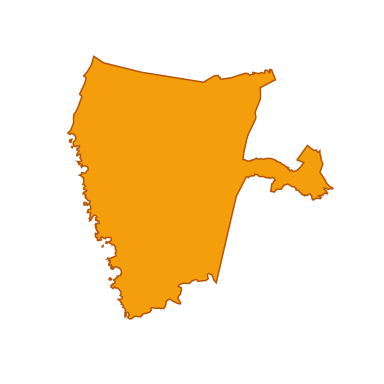 Santa María Huatulco, Oaxaca, Mexico, rotated 105°
{"feature_id": "50627088B35092187555669", "entity_name": "Santa María Huatulco", "entity_type": "district", "adm_level": 2, "iso_a3": "MEX", "parent_name": "Mexico", "parent_adm1": "Oaxaca", "projection": "robinson", "projection_center": [-96.169, 15.822], "detail": "fine", "context": "isolated", "style": "filled", "palette": "amber", "viewbox_px": 384, "rotation_deg": 105, "n_neighbors": 0, "source": "geoboundaries", "source_scale": "gbopen_adm2", "svg_char_len": 6082}
<svg xmlns="http://www.w3.org/2000/svg" viewBox="0 0 384 384"><g transform="rotate(105 192 192)"><path d="M151.9,56.9L150.7,61.0L148.9,64.0L145.4,67.2L139.8,73.5L131.0,72.8L127.6,75.5L124.8,76.5L121.8,78.4L119.1,79.2L120.5,79.8L121.1,80.7L119.2,82.9L120.3,85.0L117.2,92.6L133.8,98.8L134.6,91.6L139.8,93.6L143.9,96.2L145.2,97.6L146.0,99.5L145.4,100.2L145.0,101.8L145.9,102.1L146.2,103.3L145.2,103.8L144.4,106.3L144.2,104.9L143.6,104.9L143.2,107.0L143.5,107.5L142.4,109.0L141.5,113.1L140.6,114.2L140.6,117.4L140.4,118.1L139.8,118.4L140.1,120.1L139.5,120.4L139.2,124.4L140.1,128.2L142.0,131.8L142.2,133.3L141.8,134.2L143.4,136.5L142.6,138.4L145.2,141.1L145.0,141.8L146.3,142.7L146.1,143.1L147.3,144.4L147.7,147.4L147.2,149.0L147.4,151.2L139.5,152.2L127.0,152.8L121.9,152.6L105.3,149.5L102.8,149.7L98.7,151.7L84.0,150.0L75.3,152.3L74.0,153.5L62.0,140.4L53.3,146.8L53.4,148.6L56.1,147.7L57.0,148.2L56.8,148.7L55.4,148.9L55.1,152.4L56.4,153.1L57.8,152.6L58.7,153.1L58.7,156.5L60.4,157.7L60.6,164.1L61.2,164.2L61.8,162.8L62.4,162.9L63.2,165.4L64.5,166.5L63.1,168.5L63.6,171.7L65.4,173.5L65.5,174.7L71.3,183.2L75.6,193.2L75.3,194.1L74.3,194.2L73.9,195.5L72.6,197.0L74.1,200.6L83.0,209.3L89.4,271.7L90.1,311.0L86.3,321.9L95.2,322.1L102.6,324.1L107.8,326.6L108.3,326.2L108.0,325.2L109.0,323.9L110.1,323.7L115.2,323.8L126.4,325.9L127.3,325.0L127.6,323.7L128.9,323.1L140.1,324.1L143.9,324.8L147.8,326.2L151.8,325.5L154.8,324.4L157.5,324.4L163.8,325.2L167.1,327.2L168.1,324.8L167.0,324.1L166.5,322.1L167.5,320.1L169.3,318.2L171.7,318.1L174.8,319.6L178.3,318.3L178.1,315.6L177.0,314.8L176.6,313.3L177.2,312.3L178.5,312.6L179.4,314.0L180.4,314.4L181.2,313.8L181.5,311.8L184.8,312.8L186.5,312.8L186.7,312.1L184.6,310.4L184.7,309.5L186.7,308.8L187.9,309.2L189.9,306.7L190.7,306.9L192.1,309.0L192.2,310.6L193.3,308.8L194.6,308.7L194.6,308.0L193.6,307.8L193.9,305.3L194.8,305.1L195.5,306.0L196.8,305.1L195.5,304.5L194.5,302.3L194.5,300.5L195.0,299.2L195.7,298.7L197.7,298.0L199.3,299.3L201.4,299.7L201.8,303.5L203.5,303.4L204.9,305.0L205.2,302.7L206.4,301.3L206.5,300.3L211.9,298.7L212.8,299.6L213.3,298.7L213.0,297.9L214.1,296.3L216.5,297.9L217.3,297.2L217.5,294.2L218.7,294.2L220.1,296.5L221.9,297.0L221.7,294.7L222.6,293.6L223.7,294.3L224.5,293.1L225.6,293.2L226.0,291.4L227.2,290.3L227.1,288.3L227.6,287.8L230.3,288.4L231.9,286.3L234.0,285.4L235.1,285.4L235.3,286.8L236.1,287.7L238.9,287.8L238.1,285.2L238.2,284.2L240.1,284.6L243.1,283.8L244.2,284.5L245.2,283.4L246.2,283.5L245.5,282.5L240.7,281.1L239.5,280.1L239.8,278.4L240.5,277.4L241.3,277.4L242.0,278.4L243.9,277.9L243.6,277.4L244.1,276.9L243.9,276.3L244.6,275.8L244.1,275.6L244.1,274.7L245.0,273.7L246.4,273.7L247.4,276.5L248.4,277.1L249.0,276.7L248.6,276.3L250.8,276.0L250.5,275.5L250.8,275.2L252.6,275.2L252.8,274.4L254.2,273.7L254.3,272.8L255.6,271.9L255.7,272.5L256.4,272.1L257.4,273.2L256.4,274.9L257.0,274.1L257.4,274.4L257.5,273.7L257.9,274.1L260.0,273.8L260.6,272.9L260.4,271.4L261.5,271.7L262.6,270.7L263.1,270.8L263.1,269.7L262.9,269.0L262.1,269.0L262.2,267.8L261.7,267.1L259.6,268.3L258.9,267.8L258.7,266.5L259.6,265.3L259.5,263.6L257.9,263.4L257.8,261.5L256.9,259.3L257.9,257.9L259.7,257.6L261.0,258.5L262.4,260.7L262.3,262.1L263.6,262.1L263.9,261.6L262.0,258.8L262.9,257.6L262.8,256.3L263.8,255.6L263.2,254.5L263.3,253.9L265.4,251.4L267.1,251.4L268.0,250.0L268.9,249.7L271.2,250.5L272.7,249.0L273.4,248.9L277.3,253.8L277.5,256.1L278.2,255.8L278.6,256.3L278.3,254.4L279.2,253.8L280.1,254.6L280.1,253.1L280.5,252.7L281.4,252.7L282.2,253.6L284.1,253.6L284.2,252.5L283.4,251.6L283.4,251.0L284.3,250.9L284.6,250.0L285.8,251.1L286.3,250.6L286.0,249.1L287.0,250.0L287.2,249.2L286.8,248.0L284.8,247.7L283.7,245.9L284.3,244.1L284.1,242.6L285.5,240.7L288.4,238.9L289.1,239.6L290.0,239.1L291.4,239.5L291.7,240.8L292.8,241.6L292.7,242.5L293.8,242.0L297.1,244.8L297.9,244.3L298.1,243.2L300.7,243.1L301.1,244.6L302.0,244.4L302.9,246.0L304.8,245.6L305.7,243.3L303.6,242.2L304.6,240.6L303.9,239.4L304.6,237.8L306.6,235.0L308.7,234.1L310.6,234.7L311.3,232.2L312.4,231.7L313.8,232.7L314.9,235.6L315.3,235.2L315.2,233.8L316.8,232.2L316.9,231.2L318.6,231.4L318.8,229.8L319.5,229.0L321.3,228.9L321.3,227.8L323.0,225.7L326.9,225.3L330.0,224.3L328.6,223.5L326.1,224.4L324.9,223.1L325.1,222.2L326.8,220.9L329.2,221.7L330.1,221.4L330.7,219.1L329.7,217.2L327.8,216.2L326.4,214.0L326.5,212.1L325.5,208.8L322.4,207.7L320.4,203.7L319.0,201.9L317.0,200.8L315.3,201.5L314.2,200.9L313.6,196.0L312.6,193.8L312.8,192.2L312.1,191.3L312.1,189.7L311.6,189.0L309.5,188.2L303.9,188.4L301.9,186.8L301.3,185.1L302.3,182.7L303.4,176.6L303.0,174.2L302.1,174.2L299.1,177.4L297.6,178.2L296.2,178.1L293.7,176.7L288.6,177.0L287.2,177.7L286.9,180.3L286.4,181.0L284.9,180.2L283.0,177.9L282.1,176.0L281.3,171.6L280.3,170.3L278.4,169.3L275.8,166.3L275.5,164.2L276.7,163.2L273.9,155.7L271.5,153.9L268.2,155.7L267.3,155.6L266.4,154.8L266.8,151.7L269.7,149.0L271.0,148.5L273.4,145.1L184.8,148.1L163.6,143.5L163.0,141.9L163.4,141.4L162.4,141.1L162.0,139.8L160.5,138.1L160.6,136.5L158.4,135.8L158.8,135.0L158.2,133.3L159.5,131.2L159.3,129.0L158.5,127.3L159.0,123.9L158.2,121.5L158.8,120.6L157.1,118.2L157.1,117.1L159.1,114.5L160.5,115.9L162.4,116.0L163.5,117.0L171.0,116.1L170.7,112.3L167.4,110.9L166.1,106.2L164.1,106.0L161.5,104.8L159.4,101.4L160.9,96.8L160.6,94.5L161.6,92.6L163.2,92.0L162.8,90.1L165.8,85.1L166.2,83.8L165.7,83.0L166.5,82.2L165.6,81.3L165.3,79.4L164.2,79.2L163.3,77.2L165.1,75.3L167.7,74.2L168.4,72.8L165.9,70.5L165.1,66.1L163.7,65.9L163.4,66.3L163.3,68.2L162.9,68.8L161.0,64.6L160.4,64.7L158.6,63.4L158.9,61.6L158.5,60.7L156.2,62.6L155.4,65.0L153.7,65.4L154.2,60.9L152.9,58.9L152.4,56.8L151.9,56.9ZM230.6,293.7L232.5,292.9L232.2,291.3L231.6,290.7L231.7,289.3L230.5,289.2L229.5,292.8L230.6,293.7ZM174.2,323.7L175.6,322.5L175.3,321.8L172.1,321.7L173.4,323.5L174.2,323.7ZM297.9,247.5L296.5,246.7L297.0,247.5L296.2,248.5L296.5,249.3L297.3,249.7L298.1,249.2L298.2,248.2L297.9,247.5ZM180.0,320.0L180.2,319.0L179.2,319.1L179.0,319.8L180.0,320.0ZM268.2,264.7L268.1,263.9L266.9,264.1L267.7,264.7L268.2,264.7Z" fill="#f59e0b" stroke="#b45309" stroke-width="1.5"/></g></svg>